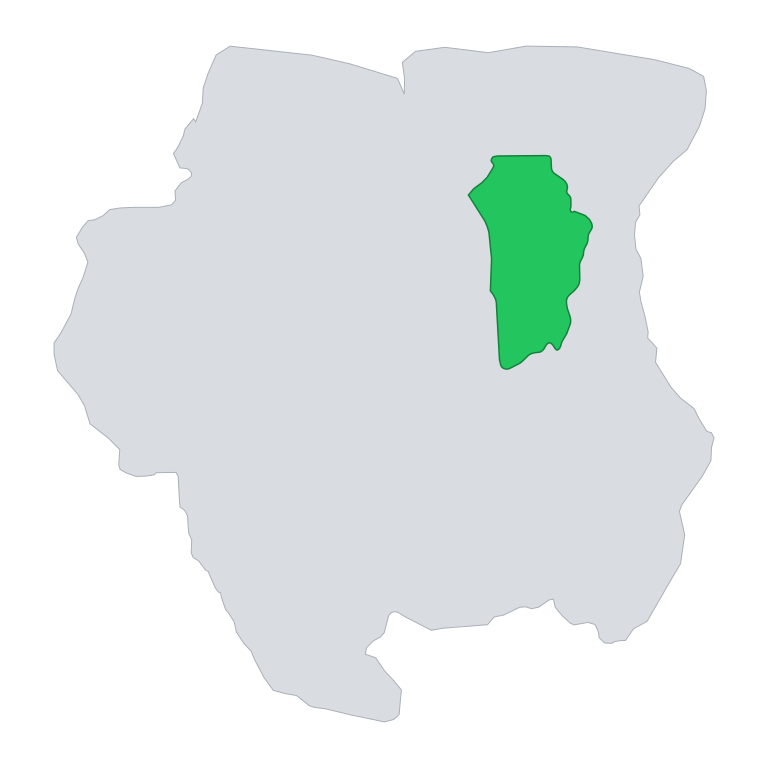 location of Brokopondo within Suriname
{"feature_id": "SUR-66", "entity_name": "Brokopondo", "entity_type": "District", "adm_level": 1, "iso_a3": "SUR", "parent_name": "Suriname", "parent_adm1": "", "projection": "mercator", "projection_center": [-55.026, 4.667], "detail": "fine", "context": "in_parent", "style": "filled", "palette": "green", "viewbox_px": 768, "rotation_deg": 0, "n_neighbors": 0, "source": "natural_earth", "source_scale": "10m", "svg_char_len": 3853}
<svg xmlns="http://www.w3.org/2000/svg" viewBox="0 0 768 768"><path d="M687.1,149.6L673.4,161.2L658.6,177.6L639.0,206.0L639.9,214.9L635.6,222.1L634.5,234.8L635.9,249.0L640.9,258.4L643.2,276.1L639.4,292.1L640.9,301.4L644.9,316.1L648.1,331.7L647.7,338.1L652.5,343.2L656.9,348.2L655.5,362.2L670.9,387.1L680.4,398.0L694.1,408.6L699.1,418.9L706.9,431.4L711.5,432.8L714.0,437.8L711.5,447.5L710.9,460.8L702.2,476.3L681.9,504.7L679.4,511.3L684.7,534.8L681.9,554.1L680.7,563.4L670.7,580.3L647.1,621.3L633.6,628.7L625.4,640.5L620.1,640.6L614.2,641.7L612.4,643.2L604.9,643.1L599.2,637.8L598.3,631.6L595.1,624.5L587.9,622.4L574.1,624.9L570.2,623.1L562.0,615.5L555.2,607.2L553.5,599.2L549.1,599.9L538.6,607.2L531.5,608.7L525.9,606.8L519.6,607.3L503.6,615.1L494.2,616.9L487.5,624.7L443.0,628.2L431.4,630.3L404.9,616.7L398.1,612.3L394.6,611.7L391.6,612.4L388.7,615.4L384.3,632.5L380.3,637.1L373.4,640.8L366.6,647.6L365.3,654.2L375.7,657.8L384.4,670.6L393.8,680.8L401.4,689.9L400.4,700.1L399.1,714.6L393.6,719.5L384.4,721.9L350.8,714.9L325.0,708.7L314.1,707.3L309.2,705.7L302.8,700.4L296.3,695.5L285.8,693.7L273.3,690.4L264.1,677.6L254.5,659.5L251.2,651.2L243.7,643.3L236.4,632.0L234.2,622.0L228.6,612.9L225.7,609.8L221.4,597.3L220.6,592.7L218.5,592.1L215.4,588.1L209.5,574.7L208.2,571.4L205.6,570.2L198.7,560.9L193.2,557.6L191.2,552.8L191.7,539.7L188.7,533.2L187.8,521.0L187.6,516.0L184.8,510.6L180.1,507.0L179.3,498.2L178.2,476.2L176.0,472.4L156.2,472.7L154.2,474.8L145.6,476.1L136.0,476.4L127.4,473.4L120.2,469.6L118.7,464.8L119.8,449.6L108.3,438.1L90.0,423.8L84.5,405.7L77.9,394.4L57.6,370.7L54.1,354.5L54.0,343.1L61.1,332.5L71.0,314.1L75.1,297.3L78.1,288.5L83.2,277.1L87.9,262.2L84.3,253.1L78.3,244.1L76.3,237.4L82.2,227.6L88.1,220.7L94.7,219.7L103.1,215.6L109.8,209.6L119.9,208.0L132.6,207.4L158.3,207.4L171.5,204.9L175.6,200.1L175.0,190.9L181.5,182.6L188.4,179.0L191.2,176.3L191.6,173.2L189.8,170.4L187.1,168.6L179.9,167.9L173.5,153.5L177.9,147.2L183.4,135.6L185.0,129.0L193.6,118.7L195.7,121.9L202.4,103.2L203.2,87.9L208.3,72.9L216.1,55.0L230.2,46.2L312.0,55.2L349.4,63.7L397.5,78.4L404.3,94.1L404.6,78.4L402.3,62.5L415.6,51.3L444.8,47.3L488.4,52.7L526.0,46.1L577.0,46.9L654.6,59.7L689.3,68.5L703.6,76.4L706.4,90.6L705.0,108.9L699.4,126.3L687.1,149.6Z" fill="#d9dde1" stroke="#a8b0b8" stroke-width="1"/><path d="M545.8,155.6L549.2,156.1L550.3,157.3L551.0,158.8L551.5,168.7L552.0,170.5L553.0,172.1L554.4,173.5L563.0,179.4L564.6,180.8L565.8,182.5L566.8,184.1L567.3,185.8L567.5,187.6L566.7,191.0L566.8,192.5L567.6,194.0L568.9,195.1L570.1,196.6L570.7,198.2L570.9,199.8L570.9,206.3L570.4,208.9L570.3,210.2L570.7,211.4L571.8,212.2L572.9,212.2L574.2,211.3L585.1,215.5L589.5,219.5L591.4,222.9L591.9,224.2L592.2,226.0L592.1,227.7L591.4,229.4L589.3,232.8L588.5,234.5L588.1,236.4L587.9,240.4L587.4,242.4L586.7,244.3L584.8,247.8L584.1,249.6L583.7,251.3L583.3,255.1L582.7,256.8L580.2,261.8L579.7,263.5L579.5,265.3L579.8,279.7L579.2,283.5L578.4,285.3L577.3,287.1L574.3,290.6L568.8,295.5L567.5,297.3L566.7,299.3L566.4,301.2L566.5,303.2L566.7,305.1L567.4,308.7L570.3,317.3L570.6,319.0L570.6,322.5L570.3,323.9L566.7,333.7L562.4,340.9L561.6,342.8L560.5,346.4L559.8,348.0L558.6,349.4L557.0,350.1L555.5,349.1L552.7,344.8L550.8,343.2L549.6,342.8L548.2,343.0L547.0,344.1L545.9,345.5L544.0,348.9L542.6,350.5L541.1,351.6L539.5,352.2L534.2,352.8L532.3,353.3L530.5,354.0L528.7,355.1L521.8,361.8L520.1,363.1L509.6,368.5L507.9,369.0L506.2,369.1L504.5,368.7L502.9,368.0L501.5,366.7L500.7,365.1L499.5,359.7L496.3,302.3L495.8,300.0L494.8,297.5L492.7,293.8L490.8,291.4L490.6,291.3L490.5,291.2L490.4,290.1L491.6,258.7L488.9,232.0L487.0,225.9L484.8,220.9L468.4,195.0L473.9,188.6L481.8,182.8L487.2,177.3L493.0,167.8L493.6,166.3L493.7,165.2L493.4,164.2L492.8,163.2L491.9,162.2L491.2,160.8L491.5,159.1L493.1,156.8L497.4,156.0L545.8,155.6Z" fill="#22c55e" stroke="#15803d" stroke-width="1.5"/></svg>